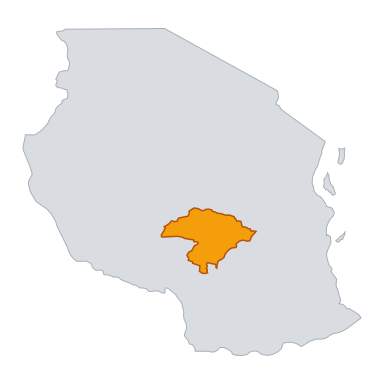 location of Iringa within United Republic of Tanzania
{"feature_id": "TZA-3386", "entity_name": "Iringa", "entity_type": "Region", "adm_level": 1, "iso_a3": "TZA", "parent_name": "United Republic of Tanzania", "parent_adm1": "", "projection": "albers", "projection_center": [35.62, -7.961], "detail": "fine", "context": "in_parent", "style": "filled", "palette": "amber", "viewbox_px": 384, "rotation_deg": 0, "n_neighbors": 0, "source": "natural_earth", "source_scale": "10m", "svg_char_len": 5999}
<svg xmlns="http://www.w3.org/2000/svg" viewBox="0 0 384 384"><path d="M133.7,285.2L128.7,282.6L124.2,281.1L120.6,279.4L118.9,277.6L115.5,277.0L112.5,276.8L109.7,275.2L104.1,274.6L103.4,273.6L103.3,271.2L102.3,270.6L100.3,270.0L98.1,270.1L96.7,270.4L95.9,270.3L94.1,268.9L92.3,267.1L91.7,264.3L89.1,262.5L86.1,261.1L77.8,261.4L76.5,261.0L74.5,259.5L72.1,257.2L70.3,254.5L68.6,250.9L66.8,246.0L57.1,226.4L56.1,222.7L54.1,218.6L51.0,213.6L47.7,209.8L43.3,206.5L38.3,203.1L35.6,200.9L30.3,191.7L29.2,187.4L28.3,182.9L28.6,181.1L31.8,175.2L32.1,173.6L31.6,171.4L30.0,166.8L27.9,161.3L23.7,151.1L23.0,148.6L23.1,146.6L25.3,136.2L25.3,134.8L34.9,134.9L41.8,130.2L47.8,123.4L49.0,120.5L51.5,116.2L53.9,114.0L54.8,112.5L56.1,108.1L59.3,105.1L62.4,102.8L61.8,101.3L62.2,100.7L63.9,99.5L67.2,98.4L67.8,96.1L67.8,93.6L67.2,92.1L67.3,90.5L66.8,89.6L64.6,89.4L61.4,88.1L58.7,87.6L56.8,86.9L56.1,86.3L55.8,84.8L57.3,80.8L55.8,79.2L59.0,72.6L59.6,71.8L60.9,71.7L62.8,71.0L64.6,70.7L66.0,70.9L67.1,70.6L68.1,69.9L68.8,67.6L69.5,63.9L69.1,60.9L67.6,58.6L67.2,55.0L67.8,50.2L67.3,46.3L65.7,43.1L64.1,41.3L61.7,40.4L57.8,35.6L56.6,33.3L56.8,31.8L58.1,31.2L60.5,31.4L62.8,30.8L64.9,29.4L67.0,29.0L68.1,29.2L164.6,28.5L277.2,90.7L277.7,91.4L278.5,96.8L278.3,98.6L276.6,101.7L276.1,103.3L276.0,104.5L276.5,104.9L277.9,105.1L279.2,105.8L279.6,106.4L280.6,108.7L281.8,109.9L324.2,140.8L325.1,141.3L324.5,143.8L322.0,150.0L321.9,152.6L320.9,155.7L320.0,157.7L317.5,166.4L315.4,169.7L312.5,177.4L312.1,183.3L313.6,187.4L314.1,191.3L317.3,195.1L319.9,196.4L321.7,198.2L324.8,202.2L326.5,206.2L332.1,208.2L334.3,212.6L333.5,215.7L330.9,218.2L328.4,222.3L326.4,227.7L326.3,235.9L327.6,234.7L330.5,236.7L330.9,242.8L327.8,249.8L326.8,253.1L326.6,256.0L328.7,264.5L332.1,268.8L331.8,270.2L330.9,271.3L336.6,279.0L336.0,285.6L338.1,290.8L339.0,295.3L340.4,298.7L340.7,301.1L338.9,303.7L343.0,304.4L345.5,306.6L346.6,308.6L349.6,308.6L351.2,310.0L353.6,311.2L358.7,314.7L360.1,316.4L361.0,318.1L346.6,328.8L341.4,331.6L337.7,332.8L333.7,333.5L330.0,335.2L326.4,337.9L321.9,339.2L316.4,339.1L310.5,341.0L301.4,346.5L296.1,343.4L292.0,342.4L287.2,342.4L284.3,342.8L283.2,343.5L282.3,345.4L281.5,348.5L278.3,351.5L272.8,354.4L267.8,355.4L263.1,354.7L260.0,353.5L258.4,351.8L256.0,351.0L252.8,351.1L249.7,352.3L246.8,354.6L242.1,355.5L235.7,355.2L232.3,354.1L231.8,352.2L229.0,350.0L223.9,347.5L220.1,347.5L217.7,349.9L215.5,351.4L213.5,352.0L211.7,352.1L209.1,351.4L202.0,351.2L195.3,351.3L194.7,347.8L193.3,345.7L192.1,344.4L189.7,344.1L189.1,343.1L188.3,340.9L187.2,339.1L185.7,337.5L184.7,336.1L184.4,334.8L184.7,333.4L186.1,329.8L186.5,327.3L186.3,324.8L185.6,322.2L184.0,319.2L184.1,318.3L183.6,316.2L183.5,314.7L183.8,312.9L183.5,310.5L182.1,305.3L182.1,304.0L180.7,301.6L176.2,295.7L176.0,294.9L169.0,289.0L166.1,287.7L165.1,288.9L164.8,289.9L165.1,291.8L164.9,292.7L164.6,293.1L162.9,293.1L161.9,292.9L159.2,291.3L157.2,290.9L152.0,291.2L150.2,291.6L148.8,291.3L146.1,288.6L142.9,288.0L140.0,287.9L135.3,284.8L133.7,285.2ZM333.1,186.6L335.3,193.2L335.0,194.4L333.4,195.1L332.5,195.2L331.5,194.1L330.8,191.9L329.6,192.4L327.5,189.8L325.4,189.6L323.5,186.5L324.3,183.8L323.9,179.1L326.2,176.7L327.5,172.7L328.9,175.5L329.2,179.8L331.2,184.8L333.1,186.6ZM344.7,148.0L344.9,149.5L344.4,151.0L344.4,155.6L344.2,158.7L342.4,162.9L341.0,164.4L339.7,163.9L338.7,163.2L337.9,162.0L339.6,154.3L338.8,148.6L342.1,149.1L344.7,148.0ZM339.1,241.8L337.4,242.2L336.8,241.8L335.8,240.5L337.6,239.5L339.3,237.4L343.2,234.3L345.1,231.9L344.8,234.3L342.5,239.5L340.6,239.8L339.1,241.8Z" fill="#d9dde1" stroke="#a8b0b8" stroke-width="1"/><path d="M241.2,222.7L241.9,225.8L242.4,226.7L243.3,227.1L243.7,227.0L244.3,226.9L244.7,227.0L246.1,227.3L246.8,227.6L247.3,228.0L247.6,228.4L248.4,228.6L249.0,228.8L249.8,228.9L250.2,229.0L250.5,229.1L250.6,229.3L250.7,229.5L250.6,230.5L250.7,230.8L250.9,231.1L251.5,231.3L251.9,231.2L252.3,231.0L252.8,230.9L253.0,230.9L254.5,231.0L255.0,231.2L255.4,231.2L256.0,231.4L254.5,233.3L252.4,235.3L251.0,237.9L249.9,240.6L247.6,241.3L244.9,240.5L242.1,240.2L239.4,241.2L237.2,242.9L236.2,243.8L236.2,244.1L236.2,244.5L236.2,245.0L236.4,245.5L236.6,246.5L236.0,247.4L234.3,247.7L233.3,247.9L232.2,247.7L229.5,249.3L227.2,251.5L225.1,254.1L224.0,257.3L221.8,259.2L219.0,260.5L218.1,261.4L217.0,265.3L217.0,266.7L216.7,268.1L216.0,267.6L215.9,265.0L215.4,264.3L211.9,263.7L209.2,262.9L206.7,263.0L206.6,264.3L207.1,265.5L207.1,266.9L206.3,268.0L206.4,268.5L206.9,268.8L207.2,269.4L207.1,271.6L207.5,272.8L205.3,273.5L202.4,273.3L199.5,271.3L199.9,265.8L192.6,263.3L192.6,261.7L188.3,260.4L188.7,258.4L188.2,257.4L187.5,256.5L187.0,255.2L187.7,253.9L188.5,252.6L189.6,251.6L190.9,251.1L192.0,250.3L192.8,249.0L193.9,246.5L194.6,245.5L196.3,245.0L197.6,244.0L198.3,243.0L197.5,242.2L196.1,241.7L194.6,241.8L193.8,241.7L193.9,240.9L193.6,239.9L185.4,238.6L184.1,238.2L183.0,237.4L178.5,236.4L177.0,236.3L162.9,237.0L161.7,236.9L161.3,236.0L161.5,234.7L162.1,233.6L162.9,232.5L163.6,231.3L164.4,229.4L165.0,228.6L165.5,227.8L165.0,227.2L164.2,226.7L166.8,225.2L169.3,223.5L170.3,222.2L171.3,221.0L172.7,221.0L174.1,221.5L175.5,221.6L176.9,221.3L177.5,220.8L177.4,219.9L178.9,218.0L187.9,216.2L189.0,214.0L189.3,211.0L190.5,210.1L191.8,209.4L192.3,209.0L192.9,208.8L193.4,208.4L193.9,208.0L195.1,208.1L196.3,208.4L197.6,208.5L198.8,208.9L201.7,210.7L204.8,210.2L205.4,209.5L206.3,209.3L207.3,209.3L208.3,209.2L209.8,209.3L211.2,209.8L211.9,210.1L212.3,210.8L212.3,211.2L212.7,211.5L214.2,211.7L215.6,212.2L217.8,213.4L218.9,213.5L219.8,213.4L222.5,214.1L222.8,214.1L223.4,214.5L223.8,214.7L224.3,214.8L225.5,215.2L226.2,215.3L227.9,214.9L228.4,215.0L228.6,215.1L229.0,215.2L229.6,215.1L230.0,215.2L232.8,216.3L233.4,216.4L234.1,216.6L234.4,217.2L234.6,217.9L234.9,218.5L235.1,218.6L235.5,218.9L235.8,219.1L236.1,219.8L236.3,220.1L236.4,220.3L236.5,220.9L236.6,221.1L237.0,221.3L237.4,221.3L238.2,221.0L239.6,221.0L240.3,221.2L240.8,221.5L241.0,221.9L241.2,222.7Z" fill="#f59e0b" stroke="#b45309" stroke-width="1.5"/></svg>